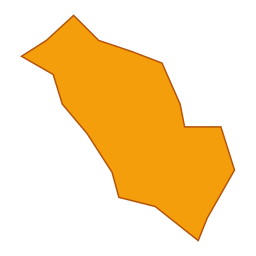 outline of Anageia, Nicosia, Cyprus
{"feature_id": "46923920B76121655134993", "entity_name": "Anageia", "entity_type": "district", "adm_level": 2, "iso_a3": "CYP", "parent_name": "Cyprus", "parent_adm1": "Nicosia", "projection": "mercator", "projection_center": [33.24, 35.076], "detail": "fine", "context": "isolated", "style": "filled", "palette": "amber", "viewbox_px": 256, "rotation_deg": 0, "n_neighbors": 0, "source": "geoboundaries", "source_scale": "gbopen_adm2", "svg_char_len": 344}
<svg xmlns="http://www.w3.org/2000/svg" viewBox="0 0 256 256"><path d="M21.5,56.3L53.2,74.5L62.3,104.1L87.2,133.7L112.1,172.4L118.9,197.4L155.2,206.5L198.2,240.6L207.3,217.9L234.5,170.1L220.9,126.9L184.6,126.9L180.1,104.1L162.0,63.1L132.5,51.8L98.6,40.4L73.6,15.4L46.4,40.4L21.5,56.3Z" fill="#f59e0b" stroke="#b45309" stroke-width="1.5"/></svg>